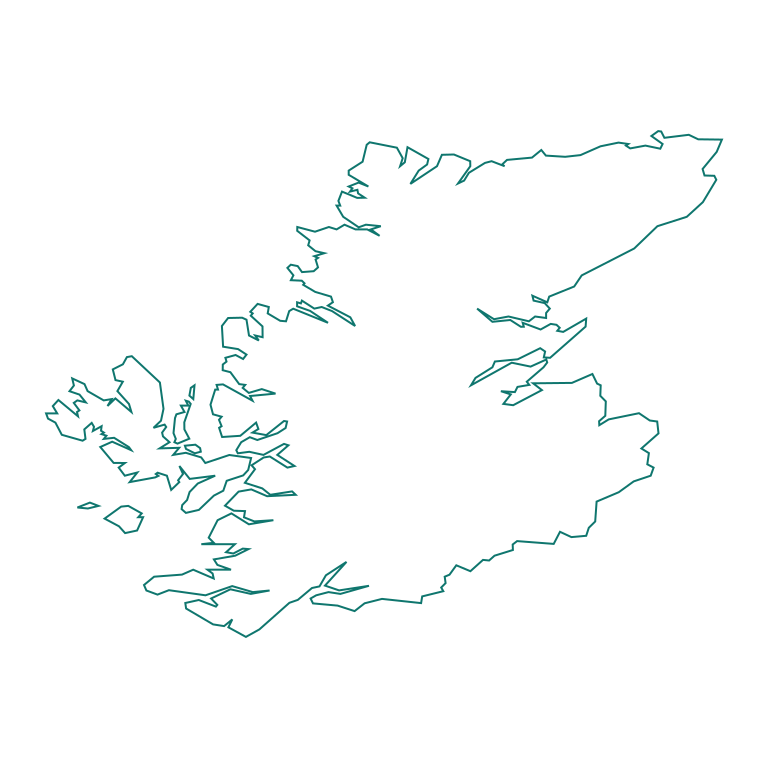 SVG path tracing the border of Highland
{"feature_id": "GBR-2745", "entity_name": "Highland", "entity_type": "Unitary District", "adm_level": 1, "iso_a3": "GBR", "parent_name": "United Kingdom", "parent_adm1": "", "projection": "natural_earth1", "projection_center": [-5.279, 57.587], "detail": "fine", "context": "isolated", "style": "outline", "palette": "teal", "viewbox_px": 768, "rotation_deg": 0, "n_neighbors": 0, "source": "natural_earth", "source_scale": "10m", "svg_char_len": 6102}
<svg xmlns="http://www.w3.org/2000/svg" viewBox="0 0 768 768"><path d="M313.0,603.4L310.6,598.5L316.2,595.3L328.5,592.1L340.4,593.9L369.0,585.8L339.1,590.4L325.0,585.6L346.5,561.9L325.9,575.3L319.5,586.4L312.0,588.0L297.8,599.9L289.4,602.8L259.4,629.4L245.9,636.9L228.4,627.3L232.3,619.4L224.1,626.1L213.1,624.4L186.1,608.5L185.3,603.0L198.8,600.0L215.9,606.6L217.3,604.9L211.1,598.5L230.4,589.3L250.8,593.9L269.6,590.5L252.8,592.1L232.2,586.1L205.5,595.3L168.9,590.2L157.5,594.6L146.4,590.5L144.0,585.0L154.1,576.7L182.0,574.6L193.2,569.7L213.7,578.5L212.6,573.5L207.5,569.7L231.0,569.7L217.4,564.9L213.9,559.4L235.2,555.7L248.5,549.1L242.8,548.6L233.3,553.5L226.1,552.2L234.9,544.2L201.3,544.2L213.8,542.8L208.7,537.7L217.6,520.2L231.4,513.4L248.9,524.3L273.4,520.2L254.3,521.4L244.0,517.3L245.0,511.1L233.8,510.7L225.0,505.7L238.6,491.6L251.3,489.4L267.1,496.2L295.7,494.8L292.1,491.4L270.3,494.8L262.3,488.4L244.9,482.8L255.0,469.2L251.6,465.3L263.6,457.5L269.8,456.5L287.4,467.6L294.5,466.0L277.3,454.9L288.4,445.3L284.0,443.9L263.5,454.9L249.3,451.8L237.8,453.3L236.3,450.2L241.2,442.2L249.8,437.2L257.3,440.0L277.5,433.2L285.6,428.0L287.1,421.5L284.0,421.0L266.3,435.1L252.5,432.6L258.4,429.0L256.1,422.6L240.3,435.8L222.1,437.0L219.1,427.8L221.6,426.2L219.0,419.8L221.6,416.7L213.0,414.3L210.5,404.7L215.2,389.6L218.0,389.6L216.6,384.9L223.0,384.4L252.5,400.7L250.1,396.0L275.5,393.6L261.8,389.1L248.8,392.9L242.7,387.9L245.2,384.9L239.2,384.1L230.4,372.2L222.7,370.2L222.8,364.5L226.5,361.6L225.4,357.8L235.6,355.0L243.1,359.0L246.5,354.6L238.1,349.1L223.1,346.7L221.9,326.0L228.1,318.0L242.1,317.7L246.5,319.7L249.0,335.5L258.8,340.5L255.2,335.5L262.6,337.2L262.5,326.4L250.8,315.7L252.7,313.4L250.3,311.8L257.6,303.9L268.8,307.0L267.7,313.4L280.2,320.8L286.0,321.3L289.2,311.1L293.2,308.7L328.0,322.8L310.1,310.9L297.1,306.3L297.1,302.3L300.9,303.4L301.9,300.6L314.3,308.6L321.7,307.0L332.1,311.1L355.1,326.0L350.3,317.3L327.9,305.6L332.9,302.2L331.0,296.6L315.2,291.9L303.2,284.8L304.5,283.3L301.8,280.7L290.9,280.2L293.4,275.3L287.4,267.9L290.8,264.7L297.7,266.1L302.0,272.1L313.7,271.2L318.0,267.4L315.6,259.5L318.0,257.9L314.3,256.2L324.3,253.2L315.5,251.2L308.2,245.3L309.6,240.4L297.2,230.8L297.3,227.0L315.0,231.7L328.9,227.0L336.6,229.4L344.5,224.7L355.5,229.4L367.2,229.4L379.6,235.8L370.9,229.4L380.8,226.2L365.9,224.7L358.7,227.3L343.2,216.8L336.6,205.6L340.2,205.6L338.4,200.9L342.0,191.6L357.2,197.9L364.7,197.7L358.1,193.4L357.4,189.8L350.0,191.6L352.4,188.3L348.7,186.5L358.6,182.6L368.4,186.5L348.7,174.8L348.7,170.6L362.6,161.7L366.7,144.8L369.7,142.3L396.9,147.7L402.7,158.2L400.1,166.2L404.8,162.3L407.5,147.2L428.4,159.0L427.1,164.5L418.7,170.6L410.4,183.9L437.0,166.2L441.9,154.8L453.9,154.5L470.2,161.2L470.3,166.2L458.0,183.5L464.1,180.6L468.9,172.8L485.0,162.9L491.6,161.2L504.6,166.2L502.1,164.5L507.0,159.9L532.0,157.6L541.3,150.0L545.9,155.6L565.2,156.8L580.5,155.1L600.5,146.3L618.5,142.6L628.3,144.0L625.9,145.6L630.2,148.4L645.4,145.6L660.3,148.7L662.6,144.0L651.4,136.0L658.2,131.1L661.2,131.5L664.4,137.8L688.8,134.8L698.2,139.3L721.9,139.6L716.7,151.9L702.6,169.0L704.5,175.5L714.3,175.8L716.3,179.8L702.9,202.1L686.8,216.8L657.4,226.2L634.2,248.5L581.7,275.4L574.2,286.5L549.2,296.6L547.3,302.3L532.4,295.7L533.6,300.6L544.7,303.1L549.8,308.6L546.1,313.0L546.1,318.0L535.1,316.5L528.9,321.3L508.5,316.5L494.0,319.2L477.1,308.6L492.4,321.8L510.3,320.0L520.9,326.8L523.8,326.7L522.7,322.8L540.6,329.5L550.7,323.9L556.5,324.8L559.7,327.8L557.3,330.8L563.2,331.9L586.2,318.6L585.6,326.6L550.1,357.8L543.8,357.4L545.1,351.5L540.2,348.2L517.7,359.3L494.9,361.5L492.4,367.3L475.5,377.9L471.0,385.3L511.7,362.7L530.6,366.6L546.3,359.5L547.2,362.5L543.5,367.3L526.8,381.7L529.3,384.9L517.5,386.9L514.9,392.1L500.9,391.2L510.8,394.4L503.4,403.9L513.2,405.2L541.9,390.1L533.1,383.3L571.9,382.9L592.4,374.0L597.1,383.6L600.7,385.3L600.3,395.8L605.8,401.4L605.3,415.8L599.1,421.2L599.3,425.2L608.7,419.4L639.0,413.2L649.8,420.5L657.2,421.5L658.5,433.4L641.4,448.5L648.9,453.1L647.3,464.3L653.6,467.6L650.7,475.7L633.7,481.4L618.8,492.2L596.6,501.6L595.2,521.5L588.8,527.8L586.2,535.8L571.4,537.1L560.0,531.8L553.7,543.9L517.1,541.1L512.7,544.5L512.9,550.0L494.5,555.7L489.1,560.5L483.0,559.9L470.4,571.2L456.3,565.3L449.5,574.7L444.7,576.7L445.6,583.1L441.2,587.5L443.3,591.2L422.2,596.4L421.1,603.1L382.0,598.9L364.6,603.3L354.6,611.1L337.6,605.6L313.0,603.4ZM85.5,438.9L82.6,440.7L61.8,434.8L55.4,422.6L48.0,418.6L46.1,413.4L57.2,413.4L52.8,406.1L58.4,400.0L78.0,416.3L77.0,412.0L79.4,410.4L73.8,402.9L77.3,400.4L85.8,402.4L79.5,394.6L69.5,391.2L73.9,385.5L72.2,378.4L84.5,384.1L87.6,391.1L103.7,400.4L111.7,399.1L107.5,406.0L115.4,398.4L131.4,412.0L129.0,404.0L117.4,391.1L122.8,381.7L115.5,380.1L112.8,369.4L122.9,364.3L126.9,357.1L131.8,356.2L159.9,382.5L163.5,408.8L161.0,420.7L153.5,427.8L164.6,424.6L166.2,427.0L162.1,432.6L163.0,436.4L169.5,442.2L159.6,448.4L179.2,447.8L173.2,454.9L185.8,452.8L201.2,457.4L205.3,463.0L229.3,455.0L251.1,458.0L248.2,470.0L243.2,475.4L226.7,480.8L223.3,490.7L213.9,495.6L198.9,509.9L185.9,512.9L181.6,509.1L182.2,505.1L187.1,500.0L189.6,492.0L197.8,483.5L215.2,475.7L189.7,478.9L179.4,466.0L183.0,474.0L178.1,480.3L179.3,482.1L171.2,489.9L166.9,475.7L157.6,472.7L155.8,474.0L158.4,475.9L155.2,477.4L129.7,482.1L137.3,472.5L124.8,475.7L118.7,467.6L124.9,463.0L113.6,462.9L100.3,447.0L112.2,441.7L131.2,450.2L128.9,447.1L114.1,437.8L103.8,438.9L106.4,435.7L101.5,434.1L103.9,432.6L101.0,430.7L101.6,426.2L92.9,431.0L94.0,426.8L91.7,422.9L84.3,429.4L85.5,438.9ZM128.3,505.9L141.7,513.4L138.3,517.2L143.1,517.2L137.1,530.5L125.1,533.1L119.0,526.3L104.6,518.6L121.2,506.6L128.3,505.9ZM175.8,438.9L173.5,433.1L175.0,418.1L176.4,414.3L184.5,412.0L180.9,405.6L188.3,405.6L185.8,400.7L188.8,401.6L190.7,403.9L184.3,422.3L184.4,429.4L189.3,438.7L177.5,443.6L174.4,442.2L175.8,438.9ZM194.8,453.3L186.0,448.9L184.9,445.7L195.4,444.7L200.1,448.1L200.8,451.7L194.8,453.3ZM77.4,507.5L89.9,502.6L98.5,505.9L87.9,508.5L77.4,507.5ZM193.3,399.1L189.4,395.6L190.8,387.9L194.5,385.3L193.3,399.1Z" fill="none" stroke="#0f766e" stroke-width="2"/></svg>